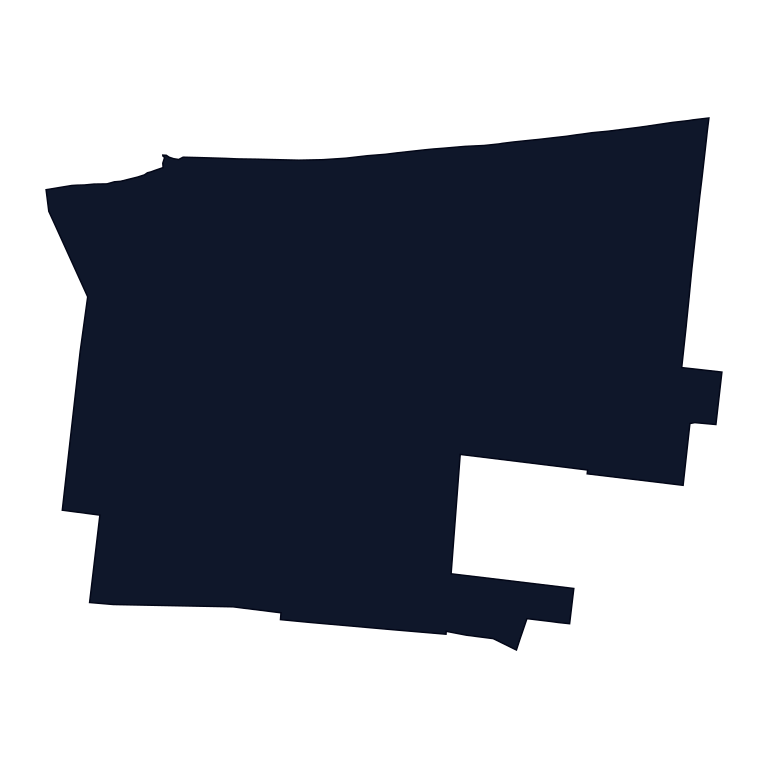 Telchac Puerto, Yucatán, Mexico (Mercator projection)
{"feature_id": "50627088B19629069707009", "entity_name": "Telchac Puerto", "entity_type": "district", "adm_level": 2, "iso_a3": "MEX", "parent_name": "Mexico", "parent_adm1": "Yucatán", "projection": "mercator", "projection_center": [-89.271, 21.31], "detail": "fine", "context": "isolated", "style": "filled", "palette": "ink", "viewbox_px": 768, "rotation_deg": 0, "n_neighbors": 0, "source": "geoboundaries", "source_scale": "gbopen_adm2", "svg_char_len": 1451}
<svg xmlns="http://www.w3.org/2000/svg" viewBox="0 0 768 768"><path d="M708.9,118.0L692.8,119.9L688.5,120.6L672.7,122.4L639.2,127.3L608.1,131.2L592.1,132.7L582.2,134.1L576.6,134.8L566.3,136.3L553.8,137.7L539.0,139.4L532.8,140.0L513.4,142.0L502.1,143.4L499.3,143.9L484.0,145.5L464.9,146.4L443.9,148.2L433.4,149.0L426.1,149.7L397.6,152.8L385.5,154.3L367.7,155.7L345.8,158.2L322.8,159.7L298.8,160.2L257.1,159.2L237.1,158.9L226.0,158.4L199.1,157.6L183.1,157.2L178.7,159.5L173.6,158.7L169.1,157.2L166.3,155.3L162.8,155.1L162.9,156.0L164.4,157.3L164.6,157.5L162.8,163.2L163.1,167.6L154.7,170.5L150.9,171.9L147.4,172.8L144.4,174.9L137.5,177.1L120.6,181.3L114.4,181.8L107.0,183.9L93.9,184.1L84.3,185.0L76.7,185.2L71.8,185.5L46.1,189.7L48.8,211.3L54.0,222.6L87.7,296.8L86.6,304.8L80.2,351.3L62.3,510.2L99.9,515.1L89.6,602.5L113.3,604.5L233.1,606.8L243.2,608.1L281.0,612.8L280.5,619.6L309.7,622.4L388.3,629.3L396.4,630.0L446.0,634.2L446.2,631.3L466.5,635.2L493.2,638.6L516.4,650.0L520.2,638.3L521.8,633.7L526.9,618.7L528.5,618.8L543.4,620.6L551.0,621.5L558.3,622.5L569.6,623.7L573.8,588.5L451.1,573.8L460.2,454.4L587.6,470.0L587.2,473.8L683.1,485.3L689.9,423.5L694.8,422.6L715.9,424.5L721.9,372.1L696.2,369.2L681.7,367.6L686.2,326.0L686.5,322.7L689.1,297.2L690.6,281.5L691.8,269.2L692.7,261.1L693.5,253.7L695.4,236.2L697.4,217.9L699.7,196.8L701.9,178.7L705.3,148.9L706.6,137.3L707.2,131.7L708.9,118.0Z" fill="#0f172a" stroke="#020617" stroke-width="1.5"/></svg>